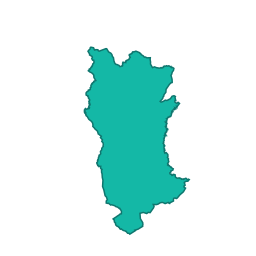 outline of Phran Kratai, Kamphaeng Phet, Thailand, rotated 48°
{"feature_id": "78962969B94050076713993", "entity_name": "Phran Kratai", "entity_type": "district", "adm_level": 2, "iso_a3": "THA", "parent_name": "Thailand", "parent_adm1": "Kamphaeng Phet", "projection": "albers", "projection_center": [99.551, 16.715], "detail": "fine", "context": "isolated", "style": "filled", "palette": "teal", "viewbox_px": 256, "rotation_deg": 48, "n_neighbors": 0, "source": "geoboundaries", "source_scale": "gbopen_adm2", "svg_char_len": 5837}
<svg xmlns="http://www.w3.org/2000/svg" viewBox="0 0 256 256"><g transform="rotate(48 128 128)"><path d="M94.1,67.1L91.9,65.7L90.7,64.4L88.5,67.0L87.0,67.5L86.3,68.4L84.5,68.4L82.3,69.1L81.7,68.8L80.3,69.2L79.9,68.9L76.2,70.7L75.5,72.4L74.6,73.5L74.9,74.0L74.7,74.4L75.3,75.2L74.8,76.2L75.0,76.8L74.3,77.7L74.6,78.4L77.1,79.2L77.0,80.3L77.7,81.4L76.7,84.2L77.1,84.7L76.9,85.0L77.8,85.9L77.2,86.2L76.5,87.5L75.8,87.6L76.0,88.3L76.6,88.6L76.7,89.2L77.8,90.0L77.7,90.6L78.1,90.8L77.0,92.9L75.5,92.8L73.3,93.8L72.6,94.4L71.2,94.5L68.8,93.6L65.9,91.7L64.4,91.7L62.6,90.8L60.9,90.7L58.5,91.5L54.8,90.8L54.2,91.4L51.6,98.0L50.6,98.4L49.7,98.0L48.2,99.5L47.9,100.5L47.6,100.7L45.3,99.9L43.1,101.5L43.0,102.2L43.9,103.4L43.9,105.1L44.2,106.4L47.5,107.1L48.0,107.7L50.8,106.8L51.7,107.3L52.2,108.5L53.9,108.9L54.6,108.1L56.3,109.1L57.0,110.5L56.8,111.4L57.7,112.4L57.8,113.3L58.2,113.5L58.0,114.0L58.4,114.4L58.2,115.0L58.5,115.6L58.5,116.4L58.7,116.5L58.5,116.9L58.9,116.9L59.0,117.4L58.7,117.7L59.0,118.2L58.7,118.7L58.9,119.2L61.1,118.8L62.5,118.1L65.2,117.9L66.7,118.6L67.1,119.2L68.0,119.6L71.2,120.2L70.5,121.7L70.6,122.5L71.1,122.8L70.7,124.3L71.3,125.0L70.9,125.4L71.6,127.1L72.9,128.2L72.8,129.2L74.0,130.0L74.1,130.8L73.6,131.3L73.8,131.9L73.4,132.2L73.9,132.9L73.6,134.1L73.8,135.5L74.7,136.5L75.8,137.1L77.2,136.2L77.7,136.8L78.8,136.8L79.3,137.4L81.4,137.6L82.1,138.4L81.9,139.2L84.1,139.9L84.3,140.3L83.8,140.6L84.4,140.9L85.1,140.5L85.6,141.3L85.4,142.0L86.0,143.1L86.3,143.1L86.4,143.4L86.5,143.0L87.1,143.0L87.5,143.8L87.4,144.3L86.6,144.9L86.6,145.9L86.1,146.5L85.1,146.5L85.1,147.2L86.0,148.2L85.6,148.4L86.1,149.0L86.7,148.6L87.1,148.9L87.2,149.2L86.9,149.5L87.3,149.9L88.0,150.1L88.3,149.6L88.4,149.9L88.8,149.8L89.5,150.3L89.8,150.1L90.7,150.9L92.2,150.6L95.3,151.3L98.7,150.7L100.6,151.0L102.3,152.0L103.3,153.1L105.7,153.0L106.2,153.2L109.9,152.8L112.6,154.1L113.1,153.8L114.6,153.7L116.3,153.3L116.7,154.9L119.6,154.9L120.5,156.5L122.1,156.4L123.6,157.2L124.3,158.2L125.1,158.6L125.3,160.2L125.6,161.1L126.6,162.1L127.0,164.2L128.9,165.5L129.1,167.0L128.9,167.5L129.4,167.9L129.2,168.1L130.0,169.0L130.0,169.5L131.4,171.1L131.3,171.5L131.8,171.8L131.7,172.3L132.3,172.7L132.9,173.5L132.9,174.4L133.8,175.0L134.1,174.8L135.6,175.6L135.9,175.2L136.3,175.4L137.0,175.0L137.2,175.3L137.9,174.3L138.3,174.4L138.4,174.1L139.3,175.1L140.1,175.4L141.3,175.0L141.6,175.9L143.4,177.4L144.5,177.8L147.7,180.3L150.0,181.5L154.4,186.0L157.9,187.4L163.0,190.3L164.8,190.2L167.4,191.3L167.7,193.0L169.2,194.4L170.5,193.5L171.0,192.8L173.7,192.4L174.0,191.6L176.8,189.9L178.4,189.6L179.7,188.7L182.2,188.3L182.2,187.9L185.4,188.5L187.3,190.3L186.6,191.5L186.7,192.3L185.6,199.9L186.3,200.0L187.0,199.7L188.8,201.0L190.2,200.8L190.7,201.4L192.1,202.0L193.8,201.8L194.5,201.3L195.6,201.3L196.0,201.0L197.2,201.5L198.2,201.3L198.4,200.6L200.9,200.1L202.6,199.0L203.2,198.9L203.3,198.6L205.9,198.7L207.0,197.7L208.1,197.7L209.2,191.2L208.5,191.2L209.9,188.3L210.9,182.9L210.3,182.6L210.0,181.8L208.2,180.4L203.7,179.5L199.4,176.2L201.0,173.1L204.1,171.3L204.2,169.4L205.7,168.2L204.4,162.4L203.6,161.0L201.7,160.4L203.9,158.2L204.7,156.6L205.1,154.2L206.0,152.6L206.8,151.9L209.0,151.0L210.2,147.9L210.6,147.7L211.3,147.9L212.0,147.5L211.7,146.6L212.7,143.1L211.2,141.7L210.9,140.9L211.6,139.8L212.7,139.4L213.0,138.3L212.4,134.0L212.5,129.5L211.2,125.5L209.7,125.9L209.2,125.8L208.5,124.8L208.8,124.0L207.8,123.3L206.4,122.9L206.1,122.5L206.5,120.4L207.6,119.1L207.3,117.0L206.5,117.3L206.5,117.9L205.9,118.4L204.3,118.5L203.8,119.1L203.5,120.8L203.0,120.9L203.1,121.3L202.4,121.6L201.9,122.5L201.5,122.3L200.1,122.8L199.8,123.4L199.4,123.3L198.2,125.1L196.3,125.6L194.2,124.3L192.8,125.3L193.1,126.4L192.6,127.1L191.6,126.6L190.8,127.4L189.9,127.4L189.3,127.0L189.4,125.7L188.7,125.1L188.9,124.7L188.7,124.5L189.3,122.8L188.6,121.7L188.0,122.1L185.9,122.1L185.9,122.5L183.6,122.5L182.9,123.2L182.1,123.3L182.0,122.8L181.7,122.7L181.9,122.5L180.9,122.2L180.3,120.2L178.5,119.4L178.1,118.6L176.1,118.3L175.9,117.4L174.3,116.1L171.8,116.1L171.4,117.4L169.7,116.8L169.5,115.9L169.1,116.1L168.4,115.0L167.8,115.2L167.7,114.8L167.1,114.7L166.2,114.0L165.9,112.6L164.9,112.4L164.8,112.8L163.9,112.1L162.8,112.1L162.5,110.9L161.8,110.6L161.3,109.3L160.0,108.7L160.1,108.2L159.2,107.3L159.3,106.9L158.5,105.9L159.0,105.1L158.7,105.2L158.6,104.8L157.9,105.4L157.9,104.8L157.4,104.6L157.4,104.1L156.8,104.0L156.8,103.1L156.4,103.0L156.4,102.0L156.7,102.1L156.7,101.7L155.6,100.9L155.8,100.0L155.3,100.2L155.2,99.5L154.9,99.7L154.9,99.4L154.4,99.2L154.1,99.3L154.2,99.7L152.6,99.4L152.5,98.8L152.1,99.0L152.1,98.5L151.8,98.6L151.6,97.6L150.9,97.2L150.9,96.2L149.4,96.2L149.7,96.0L149.5,95.3L149.1,95.3L149.2,95.1L148.2,94.6L148.3,94.0L147.4,93.0L146.9,93.1L147.0,92.6L147.4,92.5L146.9,91.5L147.3,91.0L147.6,91.0L147.1,90.8L147.4,90.5L147.1,89.6L147.4,89.1L147.8,89.1L148.0,88.5L147.1,86.7L146.3,86.2L146.3,85.5L145.7,85.2L145.8,84.6L145.3,84.5L145.7,83.8L145.4,83.8L145.6,83.6L145.1,83.5L144.7,82.6L145.2,81.6L144.9,81.4L145.2,81.1L144.9,80.9L145.2,80.7L144.8,80.3L145.4,79.9L144.8,79.7L145.2,79.6L145.0,78.5L145.5,78.3L144.7,77.7L145.2,77.7L145.2,77.2L144.8,76.6L144.2,73.3L142.4,73.6L142.4,75.3L140.1,75.8L139.0,74.8L138.8,74.0L139.1,73.9L136.7,72.6L136.3,71.7L134.8,72.2L133.9,74.0L134.6,76.9L133.6,80.7L132.2,81.7L131.9,83.7L131.2,85.6L130.6,86.2L129.7,86.3L129.3,82.5L128.4,81.2L128.3,80.1L127.3,79.0L126.8,76.0L124.7,73.8L123.3,68.1L123.2,65.7L123.7,65.1L123.7,64.6L121.2,62.6L117.6,60.8L117.4,59.8L116.0,57.6L115.7,55.8L114.4,54.0L112.7,54.4L112.2,55.3L111.2,54.9L111.1,55.4L109.1,56.0L108.6,57.1L107.5,57.7L107.4,58.5L106.4,59.4L106.0,60.5L106.2,60.9L106.5,60.9L106.5,61.9L105.8,62.9L105.2,63.0L104.9,64.1L104.1,65.1L103.3,65.5L102.7,66.2L100.3,67.4L99.5,69.4L95.5,68.5L94.1,67.1Z" fill="#14b8a6" stroke="#0f766e" stroke-width="1.5"/></g></svg>